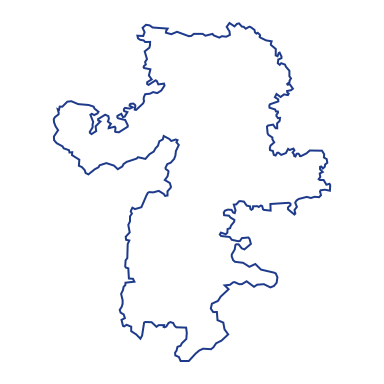 the border of Chelyabinsk
{"feature_id": "RUS-2379", "entity_name": "Chelyabinsk", "entity_type": "Region", "adm_level": 1, "iso_a3": "RUS", "parent_name": "Russia", "parent_adm1": "", "projection": "orthographic", "projection_center": [60.252, 54.184], "detail": "fine", "context": "isolated", "style": "outline", "palette": "blue", "viewbox_px": 384, "rotation_deg": 0, "n_neighbors": 0, "source": "natural_earth", "source_scale": "10m", "svg_char_len": 5967}
<svg xmlns="http://www.w3.org/2000/svg" viewBox="0 0 384 384"><path d="M329.9,190.7L324.8,189.7L320.6,190.3L320.0,191.5L321.0,195.2L319.1,197.2L314.6,196.8L310.9,198.0L306.8,196.9L298.6,199.0L296.5,200.5L295.2,202.6L296.9,206.9L294.5,210.0L295.3,213.6L294.4,214.5L288.1,209.4L287.9,207.8L288.5,206.8L290.4,205.4L290.5,203.7L288.9,202.8L270.4,204.0L270.6,210.6L263.9,209.9L263.0,209.3L262.2,206.1L260.9,205.5L258.7,207.0L257.4,206.2L253.1,206.3L252.8,208.8L251.4,209.8L250.3,208.8L250.1,206.4L246.7,205.6L243.9,201.6L240.2,201.1L239.1,201.3L236.3,204.4L233.8,204.6L235.5,210.4L234.7,213.1L233.1,212.5L231.6,209.9L227.9,209.6L224.9,210.7L223.8,212.6L224.1,215.2L229.0,215.7L230.4,217.5L234.4,219.9L234.2,221.7L231.0,225.6L230.1,228.2L227.6,229.0L227.3,232.8L225.7,234.2L220.9,232.6L219.8,234.5L221.1,236.0L229.7,237.0L231.8,239.8L238.2,241.2L239.9,241.0L241.9,238.1L248.4,237.5L249.5,238.8L250.9,243.9L244.4,249.4L241.7,248.3L238.6,244.3L236.2,244.3L235.4,245.1L234.7,249.5L231.8,254.4L231.7,256.3L233.1,260.1L235.0,261.8L243.1,262.8L249.4,266.8L255.3,264.0L261.0,269.6L274.3,272.7L275.8,273.5L277.4,277.3L276.6,282.8L273.9,286.0L270.4,287.4L263.9,284.2L257.2,284.7L254.0,286.8L246.6,281.3L242.0,284.1L239.2,284.2L234.6,282.1L233.0,282.4L230.0,284.8L224.7,285.4L228.6,289.2L220.6,296.7L218.0,300.9L211.9,303.7L210.8,308.6L213.2,312.1L216.9,312.0L217.5,320.1L223.3,322.6L224.5,329.3L228.2,334.4L221.5,340.6L216.1,343.3L213.4,347.3L211.0,349.2L203.2,348.7L199.4,350.4L195.7,353.5L188.8,361.0L180.6,361.0L178.9,357.0L175.3,355.4L175.1,352.6L176.5,350.7L177.5,346.8L180.6,345.8L181.8,343.3L186.3,339.0L186.8,332.9L186.1,327.6L176.3,327.3L174.6,325.8L173.2,323.0L170.4,322.1L168.6,322.9L166.3,326.5L164.5,327.3L163.6,326.9L164.1,325.1L158.7,325.1L156.5,326.8L151.6,322.2L145.2,322.0L144.1,322.6L142.1,335.6L140.4,338.7L136.2,334.4L131.2,331.2L131.2,326.7L126.6,324.8L124.2,326.4L123.0,325.9L121.5,319.9L124.9,318.1L123.7,314.5L120.6,312.6L119.7,309.9L121.6,307.0L122.6,303.9L122.6,300.1L121.1,293.9L123.0,290.0L123.6,286.8L125.3,285.1L125.5,282.7L134.4,281.7L133.0,278.8L128.9,278.5L128.3,268.3L125.9,267.6L125.2,266.4L125.6,260.4L127.3,258.1L127.7,244.1L129.3,240.5L126.1,239.8L125.7,236.8L129.7,232.4L128.3,224.9L130.0,221.4L130.0,216.4L131.9,213.5L130.8,211.6L130.9,210.8L132.4,207.7L135.0,209.1L141.4,207.2L146.5,195.3L147.8,192.9L149.2,192.1L153.1,192.4L158.8,190.9L163.8,194.0L165.1,195.9L167.5,195.5L167.5,191.3L170.8,187.6L170.9,186.6L169.8,183.0L164.8,180.0L167.5,176.4L168.5,171.8L168.2,170.8L165.7,169.0L165.5,167.8L167.3,164.1L170.7,162.7L174.1,159.0L175.4,155.6L175.9,151.1L178.8,145.0L176.4,142.2L177.5,140.2L175.7,139.5L171.3,141.0L169.2,138.9L163.7,136.0L162.8,139.4L159.3,141.3L158.0,145.7L155.6,148.2L153.7,151.6L149.5,154.2L145.4,158.9L138.0,157.2L136.6,158.6L126.6,161.9L123.4,164.2L122.4,166.4L117.8,169.2L114.0,165.6L106.3,163.1L99.6,165.3L98.5,167.3L94.7,169.3L88.4,174.4L85.6,173.0L84.7,170.1L81.8,167.0L78.9,165.8L79.3,159.7L72.0,155.1L72.2,152.2L69.5,152.5L69.0,150.2L63.6,148.3L62.6,146.4L56.7,143.2L54.1,140.2L53.9,136.5L58.1,130.2L55.6,126.4L54.0,122.2L53.8,119.1L54.9,117.2L58.6,114.3L58.7,112.9L57.7,109.2L59.0,109.8L59.7,106.6L62.3,106.7L67.3,101.7L71.3,101.2L78.1,104.1L88.7,105.0L93.6,106.6L94.5,108.6L98.5,111.8L97.5,113.4L94.2,115.1L91.8,113.8L90.4,114.8L93.2,122.0L92.6,124.2L92.6,127.4L89.8,131.8L89.9,132.8L91.5,134.1L96.2,131.1L95.6,126.3L100.4,121.5L98.2,120.4L98.1,119.1L105.2,114.7L108.4,116.2L108.9,118.7L107.9,121.6L110.9,123.8L108.9,126.9L108.7,128.2L114.8,126.7L115.5,127.9L115.1,131.6L115.9,132.0L118.9,132.3L127.7,126.7L127.8,125.4L125.2,120.0L118.2,118.3L117.3,117.3L117.4,115.9L121.3,113.8L122.9,117.1L124.8,116.6L127.4,112.1L124.2,111.1L123.8,110.1L124.2,108.7L125.0,107.9L129.8,108.6L132.7,107.3L129.6,105.7L129.8,104.4L130.6,103.8L133.4,103.6L134.9,104.8L135.4,105.8L134.7,109.6L136.0,110.0L143.2,103.3L144.1,100.9L143.6,99.5L143.9,97.0L145.2,94.2L150.0,93.7L153.1,92.1L157.2,93.1L161.2,90.6L164.5,85.6L164.0,83.6L158.3,84.4L156.9,81.2L155.7,80.3L148.5,84.9L147.1,83.9L147.2,82.2L151.7,79.4L148.9,75.5L150.4,69.3L144.0,68.0L143.6,67.3L143.9,66.1L145.8,64.5L145.1,62.0L147.0,59.2L144.7,51.4L149.4,47.7L150.0,45.1L150.1,41.9L145.1,42.0L143.7,40.4L140.1,39.8L138.0,38.3L137.4,35.7L143.2,36.0L144.6,32.2L142.6,27.8L146.0,24.8L149.7,25.4L152.6,27.5L167.6,28.6L166.1,31.0L165.9,32.7L171.3,34.2L177.0,31.8L188.9,36.2L191.3,35.9L193.8,33.9L202.7,33.9L205.4,35.7L212.5,33.9L213.7,35.4L219.3,37.6L221.9,36.2L226.3,36.7L229.9,34.9L229.5,31.5L226.7,26.9L229.5,23.0L234.5,26.4L236.9,23.9L239.0,23.4L241.9,26.6L243.7,26.8L245.7,28.7L249.4,26.7L250.5,27.0L254.5,29.9L255.0,32.4L256.5,33.6L257.7,32.8L259.7,34.6L260.1,35.4L259.6,36.9L260.2,37.5L266.1,40.4L271.6,41.3L270.8,44.0L271.0,45.0L275.8,49.0L275.7,55.4L277.5,56.2L278.8,53.0L279.6,52.6L281.5,56.6L281.4,58.2L278.3,59.5L277.8,63.2L279.7,64.8L281.2,63.2L285.0,64.6L285.9,66.7L289.4,70.8L289.4,76.3L291.0,78.4L289.6,80.6L289.5,82.1L287.2,84.0L287.6,84.7L289.8,84.3L292.9,88.7L291.0,90.2L287.1,91.0L287.3,92.4L288.7,93.7L287.9,95.1L284.0,94.4L280.6,97.0L276.5,94.0L274.9,97.2L278.2,99.3L278.3,101.4L269.9,104.3L269.3,105.6L269.5,107.7L275.2,109.5L275.9,111.4L277.9,111.5L278.0,112.7L276.5,114.6L276.4,115.9L277.9,118.1L280.0,117.9L279.6,121.0L277.1,123.4L277.2,128.3L275.6,128.2L273.1,124.6L267.8,125.6L267.0,126.7L267.6,133.4L268.6,135.0L272.4,137.5L272.4,139.4L274.2,142.4L270.5,145.6L269.8,148.2L270.0,150.1L272.9,151.0L273.8,154.9L275.6,155.5L277.2,152.8L278.5,152.7L281.2,154.9L285.9,153.1L288.1,148.9L289.6,150.0L293.4,148.6L294.4,150.3L292.6,152.5L293.9,154.3L294.3,156.1L295.4,156.5L296.6,153.8L298.2,153.6L299.3,154.4L299.9,156.1L300.8,156.2L306.6,153.3L309.7,150.5L322.0,150.7L324.2,154.3L323.9,157.5L326.7,159.1L327.3,162.8L325.1,164.5L324.8,166.7L322.9,168.5L321.3,166.5L320.1,166.8L320.0,169.2L322.7,172.0L319.7,173.5L320.3,177.0L318.7,179.2L319.9,180.0L323.6,180.0L326.4,184.7L329.5,183.8L330.2,185.1L329.9,190.7Z" fill="none" stroke="#1e3a8a" stroke-width="2"/></svg>